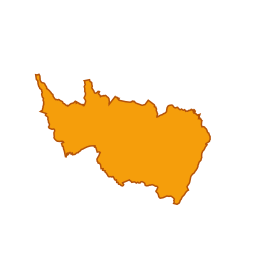 outline of Calnic, Gorj, Romania, rotated 332°
{"feature_id": "2599482B43333007752973", "entity_name": "Calnic", "entity_type": "district", "adm_level": 2, "iso_a3": "ROU", "parent_name": "Romania", "parent_adm1": "Gorj", "projection": "natural_earth1", "projection_center": [23.062, 44.952], "detail": "fine", "context": "isolated", "style": "filled", "palette": "amber", "viewbox_px": 256, "rotation_deg": 332, "n_neighbors": 0, "source": "geoboundaries", "source_scale": "gbopen_adm2", "svg_char_len": 5751}
<svg xmlns="http://www.w3.org/2000/svg" viewBox="0 0 256 256"><g transform="rotate(332 128 128)"><path d="M135.5,218.4L137.9,218.3L139.2,217.4L140.1,216.4L141.6,215.8L143.3,214.4L146.4,213.4L148.7,212.0L150.4,211.4L151.1,211.2L152.2,211.2L152.4,208.2L152.6,207.4L155.9,205.7L157.0,204.8L160.7,200.3L163.5,198.9L164.1,199.0L165.4,198.7L167.2,197.6L168.1,197.3L170.3,196.0L171.6,194.9L172.3,193.7L173.3,193.0L174.6,191.6L177.4,190.6L178.3,189.4L179.2,188.8L179.8,187.3L181.2,185.1L183.1,183.5L184.3,183.2L186.3,182.0L186.8,181.4L189.9,179.9L189.1,178.9L189.3,178.5L193.6,178.0L193.8,177.5L195.1,176.7L196.5,174.0L196.5,172.4L196.9,170.4L196.3,169.6L196.3,168.2L196.5,167.8L196.7,165.8L196.0,163.8L196.1,163.5L195.7,162.7L194.9,162.0L194.1,161.8L193.8,161.6L194.4,159.5L195.9,157.1L196.2,156.3L196.7,156.3L196.5,155.5L196.5,154.7L196.0,154.0L196.2,153.9L195.9,153.6L196.0,153.4L195.6,153.4L194.7,152.9L196.0,152.0L196.2,151.5L195.6,151.4L195.7,151.2L196.0,150.5L197.2,150.4L197.9,149.7L196.6,149.6L196.2,149.2L195.4,149.3L194.8,148.3L194.8,147.6L193.8,146.1L193.3,145.9L193.4,145.7L194.8,145.3L195.0,145.0L194.8,144.6L195.2,144.5L195.1,144.3L193.7,144.7L193.4,144.5L193.9,144.2L193.3,144.1L195.1,143.5L195.1,143.3L194.5,143.5L194.5,143.4L195.0,142.9L193.6,143.5L193.4,143.2L194.2,142.9L194.1,142.5L193.6,142.7L193.1,142.3L192.8,141.8L192.9,141.5L192.6,141.2L191.2,141.6L190.6,141.4L190.3,141.0L188.5,141.2L187.9,140.6L186.8,140.4L186.8,139.4L186.6,138.4L185.4,138.4L184.6,137.5L184.2,136.4L182.8,136.4L182.4,136.1L181.8,134.7L181.5,133.0L180.2,132.6L179.4,132.6L178.9,132.2L178.2,130.9L178.0,128.9L177.1,128.1L174.9,127.4L173.5,127.5L172.0,128.5L170.5,130.4L170.0,131.3L169.1,131.9L167.7,132.2L167.1,132.3L166.2,132.0L164.7,132.3L162.4,131.9L159.5,132.1L158.7,131.8L159.4,130.8L160.0,130.4L160.8,129.3L160.8,128.2L161.0,127.6L161.1,125.9L162.1,124.6L162.1,123.4L162.4,122.7L161.3,121.6L161.6,121.1L162.1,120.6L162.0,119.6L158.9,113.0L154.1,115.3L151.1,114.6L146.7,109.7L146.3,108.8L146.2,107.8L145.8,107.7L145.8,107.1L145.4,106.9L145.1,107.1L144.8,106.9L144.8,106.5L144.6,106.3L143.5,106.6L143.3,106.3L142.4,106.4L141.5,105.9L138.3,103.7L133.2,99.4L133.4,99.1L133.0,98.3L133.6,97.9L133.2,97.8L133.4,97.5L133.0,97.4L133.1,97.0L132.7,96.9L132.6,96.6L132.9,96.3L132.6,96.1L132.6,95.6L131.9,95.2L131.8,94.9L131.3,94.6L131.3,94.3L122.4,98.3L123.0,97.1L123.8,96.4L124.4,94.4L124.9,93.5L124.8,91.8L124.2,90.7L123.7,89.1L123.2,88.5L121.8,88.4L121.5,87.8L120.2,87.7L119.9,87.4L118.4,87.4L118.7,86.2L118.0,83.9L119.9,82.6L119.6,82.1L118.7,81.6L117.8,82.0L116.0,82.2L115.3,81.8L115.0,81.1L115.0,80.2L115.2,79.4L114.9,75.8L115.3,75.0L116.0,74.5L116.7,71.9L117.2,71.3L117.1,70.4L116.3,69.1L116.4,68.5L116.7,67.3L111.5,65.7L111.6,66.7L110.9,68.0L110.8,69.4L108.7,71.0L108.5,72.5L107.5,74.6L107.0,75.2L106.9,77.0L106.7,77.5L105.8,78.9L103.3,80.8L103.5,83.4L103.1,84.6L101.7,86.1L99.7,87.6L99.0,87.3L98.9,87.0L99.5,86.3L97.7,85.4L97.4,84.6L96.9,84.4L96.6,84.0L96.6,83.8L96.3,83.6L96.4,83.2L95.5,81.8L94.1,81.8L94.4,81.3L94.3,81.0L94.8,80.6L94.0,79.6L91.7,80.3L89.1,79.7L85.2,80.4L85.1,79.5L84.1,79.2L83.2,76.7L82.4,75.9L82.5,73.9L80.8,71.6L80.7,71.1L80.2,70.3L79.2,70.2L77.9,69.0L77.4,68.9L77.0,67.4L76.8,64.8L77.3,63.6L77.3,62.9L76.6,61.6L76.7,60.5L76.4,59.7L76.1,58.1L75.2,55.7L74.7,55.0L75.3,53.9L75.1,50.6L75.2,49.6L74.7,48.7L73.3,47.6L72.8,45.9L73.1,43.8L73.4,43.5L74.6,40.7L74.6,38.8L72.7,38.5L71.5,37.6L69.9,42.1L70.5,43.9L70.0,45.0L69.9,45.7L69.4,46.5L68.8,49.2L68.9,51.1L68.7,51.7L69.7,53.7L69.1,54.8L69.1,55.9L68.8,56.6L67.8,57.4L67.5,58.0L66.9,60.6L67.3,62.1L66.9,62.4L65.9,64.0L66.0,64.8L65.8,65.2L65.7,65.7L65.0,66.6L65.0,67.1L64.8,67.5L64.2,67.8L63.9,68.4L63.2,68.9L62.6,70.0L61.8,70.7L60.7,72.1L60.2,72.3L59.4,72.1L59.1,72.4L58.5,72.4L62.6,76.9L61.9,77.1L61.1,77.9L61.3,78.6L62.1,80.0L62.3,80.9L62.0,81.7L61.3,82.7L61.0,84.6L60.5,85.4L60.5,87.7L59.3,89.3L58.3,89.8L58.4,91.3L60.3,93.4L61.9,94.0L62.2,94.4L62.3,95.0L61.9,96.2L60.4,97.4L59.4,99.5L58.9,100.9L58.1,101.8L58.1,103.2L58.7,105.3L59.3,106.4L61.3,107.8L63.6,108.7L64.3,109.5L64.4,110.2L64.4,110.5L62.1,110.3L61.5,113.4L62.1,113.8L61.2,116.5L61.2,117.1L60.8,119.0L59.3,124.0L59.9,124.4L60.2,123.9L61.4,122.9L61.7,122.0L62.6,121.7L62.8,121.9L62.4,122.5L62.4,123.4L63.8,122.9L64.4,122.2L65.2,122.3L65.1,122.8L65.9,123.3L65.5,124.3L66.2,124.7L66.9,124.4L66.5,125.6L68.8,126.4L70.9,125.9L72.7,126.4L73.2,125.9L75.2,125.8L76.6,125.1L78.5,125.4L79.8,125.3L83.1,125.5L85.7,126.0L87.3,126.6L90.5,128.2L90.5,128.5L89.5,128.9L89.6,129.3L90.1,129.5L90.4,130.3L89.5,134.8L91.2,135.5L92.0,136.5L91.2,137.2L90.5,137.5L90.1,138.2L86.2,140.7L85.9,141.0L85.5,142.2L85.2,142.7L85.5,143.5L85.1,144.7L85.6,145.4L86.3,145.7L86.5,147.6L85.1,151.3L86.9,152.2L85.8,153.4L87.7,155.1L87.2,155.7L87.1,156.1L87.8,158.0L87.7,158.7L87.9,159.4L87.8,160.7L88.1,161.9L89.0,162.5L90.2,162.9L90.7,163.7L91.7,163.7L92.1,164.0L92.0,165.3L92.3,166.1L91.9,167.2L92.4,168.1L93.4,168.4L92.5,170.7L92.7,171.0L93.6,171.3L93.6,172.2L93.3,172.8L93.4,173.3L94.5,174.1L94.9,175.5L95.7,176.4L96.1,176.6L96.8,176.5L97.6,176.0L97.7,175.6L97.3,174.3L97.4,173.8L104.9,174.5L105.0,175.4L105.3,175.7L105.6,176.4L105.8,177.7L108.4,178.6L108.9,179.3L109.5,180.5L111.2,180.5L111.8,181.7L112.8,182.1L113.3,182.1L114.3,181.5L115.4,182.1L116.5,183.8L116.8,184.6L116.3,186.8L117.3,187.8L118.8,188.4L120.2,188.5L121.1,189.0L122.7,189.3L124.2,191.0L124.4,191.5L125.2,192.5L126.1,192.9L126.5,194.2L126.4,194.6L125.1,195.5L124.6,196.1L123.2,196.7L122.9,197.1L123.0,197.9L123.5,199.2L123.5,201.0L122.9,203.2L123.3,204.8L123.5,205.1L126.2,206.0L130.4,206.3L131.5,207.2L132.8,207.9L133.6,208.1L134.2,208.7L135.2,210.8L135.6,212.4L135.2,213.0L134.5,213.3L134.1,214.9L133.9,215.3L132.9,216.0L135.5,218.4Z" fill="#f59e0b" stroke="#b45309" stroke-width="1.5"/></g></svg>